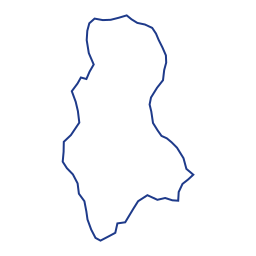 the district of Confins, Minas Gerais, Brazil
{"feature_id": "56859067B49232748472956", "entity_name": "Confins", "entity_type": "district", "adm_level": 2, "iso_a3": "BRA", "parent_name": "Brazil", "parent_adm1": "Minas Gerais", "projection": "equal_earth", "projection_center": [-43.973, -19.643], "detail": "fine", "context": "isolated", "style": "outline", "palette": "blue", "viewbox_px": 256, "rotation_deg": 0, "n_neighbors": 0, "source": "geoboundaries", "source_scale": "gbopen_adm2", "svg_char_len": 936}
<svg xmlns="http://www.w3.org/2000/svg" viewBox="0 0 256 256"><path d="M178.2,200.7L178.7,192.0L182.5,183.9L188.1,179.5L193.3,174.7L186.4,168.9L183.5,158.2L177.0,147.7L171.5,142.2L166.8,138.3L161.5,135.9L157.7,130.5L153.0,123.0L151.3,111.6L149.6,104.5L151.0,97.5L157.1,87.7L163.0,80.2L164.2,70.0L166.2,62.6L165.9,55.4L162.5,47.6L158.6,39.8L156.0,33.6L152.2,27.9L144.9,24.5L137.3,22.9L131.5,19.3L126.7,15.4L118.6,17.8L110.7,19.8L102.8,20.1L94.6,18.6L89.3,23.3L87.3,30.8L86.7,40.1L88.8,53.1L93.7,64.5L89.6,71.6L86.4,79.0L80.9,77.5L77.6,83.4L71.8,91.2L75.7,101.8L77.9,111.1L79.3,122.6L70.9,135.1L63.8,141.8L63.6,151.9L62.7,161.7L66.9,168.2L72.9,174.4L77.6,183.4L78.9,193.7L84.4,201.2L86.4,211.7L87.5,219.5L91.2,229.6L95.5,237.9L100.5,240.6L108.6,236.4L115.3,232.8L117.4,223.4L125.2,222.3L129.4,215.3L133.5,208.5L138.1,201.2L147.4,195.2L157.4,199.8L165.1,198.0L172.4,200.3L178.2,200.7Z" fill="none" stroke="#1e3a8a" stroke-width="2"/></svg>